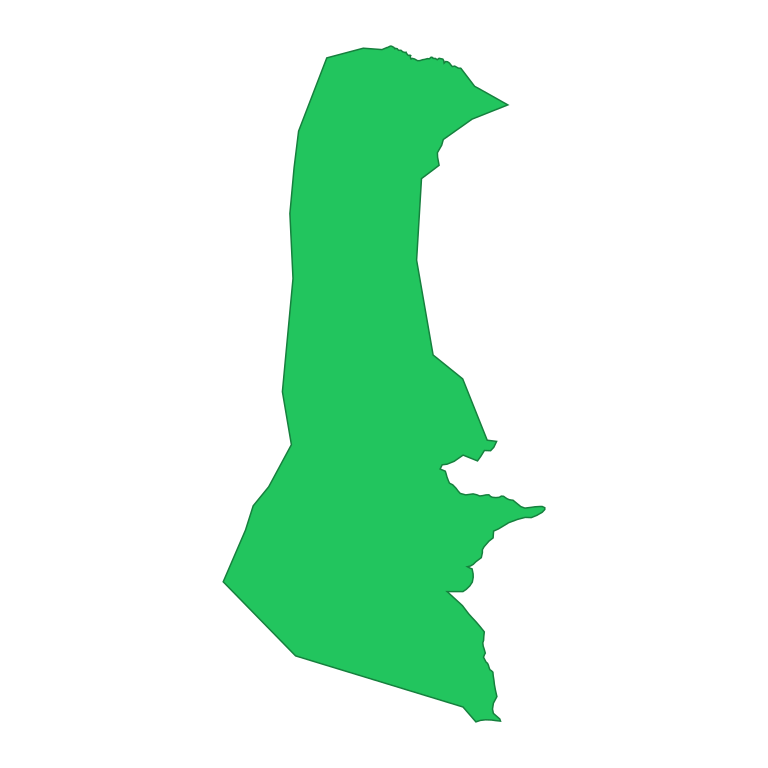 the district of San Juan Ihualtepec, Oaxaca, Mexico
{"feature_id": "50627088B85005499494284", "entity_name": "San Juan Ihualtepec", "entity_type": "district", "adm_level": 2, "iso_a3": "MEX", "parent_name": "Mexico", "parent_adm1": "Oaxaca", "projection": "orthographic", "projection_center": [-98.274, 17.768], "detail": "fine", "context": "isolated", "style": "filled", "palette": "green", "viewbox_px": 768, "rotation_deg": 0, "n_neighbors": 0, "source": "geoboundaries", "source_scale": "gbopen_adm2", "svg_char_len": 2508}
<svg xmlns="http://www.w3.org/2000/svg" viewBox="0 0 768 768"><path d="M481.0,89.8L474.6,86.3L461.1,68.6L460.7,68.2L458.5,68.2L454.7,66.1L452.3,66.6L451.3,65.4L450.5,64.5L449.5,63.1L447.6,61.8L445.7,61.5L444.1,63.1L443.8,60.8L442.8,59.1L439.1,58.3L437.2,59.7L435.3,58.4L433.8,58.5L432.8,58.1L432.6,57.5L431.1,57.2L429.7,58.5L429.1,58.8L427.6,58.6L424.6,59.4L422.6,59.7L419.9,60.6L417.8,60.7L417.2,60.5L414.6,59.0L412.4,58.4L411.8,58.5L411.1,59.0L410.7,58.7L410.3,56.1L410.7,55.6L410.1,55.2L408.5,55.4L407.5,54.7L406.3,52.9L406.0,52.2L405.2,52.6L403.8,52.1L402.8,51.9L401.0,50.3L398.5,50.3L397.2,48.7L396.5,48.6L395.6,48.3L394.9,48.8L393.9,47.4L391.6,46.2L390.3,46.1L387.3,47.6L387.0,47.5L382.0,49.6L363.3,48.2L326.8,57.9L298.6,131.1L294.1,167.6L289.9,213.5L293.0,278.6L282.4,391.7L291.4,444.7L268.7,486.8L253.2,505.8L245.5,530.1L223.2,581.8L295.6,655.9L463.0,707.0L475.9,721.9L480.4,720.4L485.5,719.8L491.4,720.0L495.7,720.6L500.5,721.1L499.8,719.0L493.4,713.4L492.5,709.1L493.4,703.2L496.9,696.6L495.4,690.0L494.4,684.5L493.9,680.1L493.2,675.6L492.9,672.2L491.4,670.7L489.9,669.7L489.1,667.6L488.4,665.2L487.5,663.3L486.0,662.0L483.5,657.2L484.5,654.6L485.3,653.1L484.3,649.5L483.2,646.1L482.8,642.8L483.6,640.3L483.8,636.6L484.3,631.9L480.5,627.1L476.6,622.5L474.7,620.4L473.0,618.6L471.4,616.9L468.9,614.1L467.1,611.8L464.3,608.1L462.5,605.7L447.1,591.6L462.9,591.6L466.2,589.4L469.8,585.9L472.3,582.1L473.2,577.3L473.1,573.8L472.1,568.9L470.0,568.1L467.4,566.7L470.4,566.0L473.2,564.4L475.8,561.8L481.3,557.6L482.4,552.6L482.4,549.7L484.1,546.7L489.0,541.1L493.1,537.9L493.6,531.1L498.5,528.9L508.7,522.7L517.5,519.4L525.2,517.4L531.3,517.6L537.0,515.3L537.6,514.9L542.3,512.2L543.3,511.1L544.8,509.5L544.8,507.7L542.2,506.5L539.7,506.5L538.1,506.6L534.9,506.8L531.5,507.3L524.9,508.1L520.8,506.6L515.8,502.5L513.0,500.2L511.7,500.1L509.3,499.7L507.2,498.8L505.2,497.5L503.6,496.3L501.3,496.1L499.3,497.3L495.9,497.6L492.5,497.3L490.6,496.5L488.9,494.8L486.0,494.9L482.7,495.6L479.7,496.0L476.9,494.8L473.1,493.9L465.7,494.9L460.2,493.4L457.9,490.8L456.0,488.2L452.7,484.8L449.5,483.2L448.4,480.8L446.9,476.8L446.2,474.1L445.8,472.8L445.3,471.2L440.1,469.0L442.2,464.8L447.0,464.2L454.2,461.3L463.1,455.1L468.8,457.4L477.5,460.9L480.7,456.5L484.4,450.5L490.6,450.7L493.8,447.3L496.6,441.4L487.2,440.2L462.7,378.9L433.1,355.0L416.6,260.1L421.5,178.6L439.1,165.3L437.6,157.3L437.4,152.7L441.7,145.2L443.3,139.5L472.1,119.1L507.8,104.9L481.0,89.8Z" fill="#22c55e" stroke="#15803d" stroke-width="1.5"/></svg>